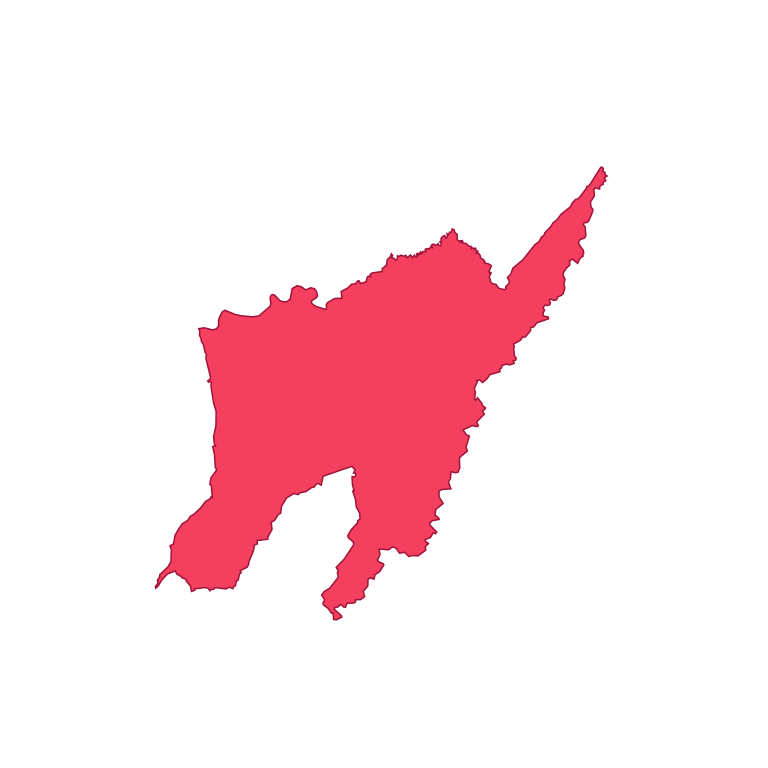 Na Yai Am, Chanthaburi, Thailand (Mercator projection), rotated 52°
{"feature_id": "78962969B31255089270993", "entity_name": "Na Yai Am", "entity_type": "district", "adm_level": 2, "iso_a3": "THA", "parent_name": "Thailand", "parent_adm1": "Chanthaburi", "projection": "mercator", "projection_center": [101.878, 12.754], "detail": "fine", "context": "isolated", "style": "filled", "palette": "rose", "viewbox_px": 768, "rotation_deg": 52, "n_neighbors": 0, "source": "geoboundaries", "source_scale": "gbopen_adm2", "svg_char_len": 6154}
<svg xmlns="http://www.w3.org/2000/svg" viewBox="0 0 768 768"><g transform="rotate(52 384 384)"><path d="M305.6,233.8L303.8,234.9L305.9,237.5L304.7,238.8L306.0,241.2L304.4,241.9L306.5,242.9L307.5,244.6L306.8,245.4L304.5,244.7L303.8,246.3L304.3,249.4L306.3,250.6L306.4,252.6L308.2,251.8L309.8,254.4L308.3,255.5L306.8,255.0L306.7,257.9L304.7,258.4L303.7,260.1L303.9,261.3L306.3,261.8L304.7,262.9L305.6,265.1L304.1,266.1L303.2,268.6L305.5,269.4L303.6,271.7L304.8,274.4L304.3,274.9L303.7,273.6L302.4,273.7L303.5,277.3L303.0,277.7L302.2,276.6L301.5,277.5L301.7,278.4L303.7,279.3L304.0,280.7L301.1,280.7L302.1,283.7L298.7,283.6L298.5,288.3L296.0,287.5L295.6,289.5L292.8,291.6L292.9,293.4L291.3,294.4L293.7,297.0L293.7,298.6L291.0,298.8L288.9,300.4L288.0,298.0L286.0,298.1L287.8,301.2L287.9,304.7L292.0,309.1L291.9,314.0L294.1,316.3L289.1,325.1L289.2,327.4L291.2,328.3L289.6,329.7L289.4,331.2L292.4,335.1L290.4,340.8L287.6,340.0L286.6,341.1L287.4,344.8L285.4,348.2L286.0,353.6L284.7,360.8L290.5,364.3L286.2,370.3L285.1,378.5L286.0,380.7L288.7,382.4L289.4,384.0L280.6,390.1L275.9,391.4L273.8,389.8L274.4,384.6L273.6,382.1L270.1,380.4L266.1,380.1L263.0,382.6L261.7,387.8L256.6,389.2L253.0,392.0L252.3,397.6L259.2,405.5L259.4,409.6L257.5,412.5L254.4,414.7L246.5,415.5L244.9,416.7L244.6,418.2L246.0,420.8L250.7,423.4L252.7,425.8L253.3,440.9L249.8,446.6L242.2,454.7L237.5,458.5L228.0,463.9L227.7,467.2L229.4,471.2L231.7,475.0L236.2,478.4L237.4,481.9L235.8,485.8L229.1,491.0L226.3,495.9L229.1,496.7L232.3,499.6L234.9,499.9L238.3,501.8L241.9,502.1L248.8,505.5L250.6,505.4L254.7,508.8L271.5,516.4L273.1,517.7L273.0,521.0L274.6,521.2L274.9,519.3L276.8,519.4L278.9,521.5L294.1,530.0L302.2,533.1L313.4,542.1L320.8,550.9L327.2,554.8L329.1,554.8L327.8,557.5L335.0,560.9L345.8,568.2L348.7,568.8L351.4,578.0L355.7,583.1L357.7,582.6L367.8,589.2L366.4,589.8L367.4,591.3L366.7,597.0L368.8,605.0L369.6,614.0L369.0,618.1L370.6,622.5L370.0,629.3L372.0,635.5L374.5,641.7L380.3,648.2L379.8,652.4L383.6,653.5L392.8,661.2L395.1,666.8L396.2,678.0L397.7,679.4L399.3,683.6L401.5,684.3L402.9,688.9L404.4,689.6L404.2,686.4L401.7,679.9L400.4,671.6L402.9,663.4L406.1,664.4L411.1,662.2L412.7,662.5L415.9,660.2L417.8,661.2L423.9,660.9L428.9,663.4L430.0,660.3L428.9,659.4L433.9,650.8L436.5,648.3L439.8,648.4L439.5,647.0L441.0,644.4L440.4,643.0L441.2,641.6L448.0,635.0L449.1,630.8L452.2,629.1L451.3,627.5L451.4,625.1L448.6,621.9L448.7,619.5L444.9,615.1L444.7,612.6L442.6,612.3L444.1,604.7L443.0,601.9L441.2,600.4L434.9,589.3L431.0,585.1L432.1,582.2L429.2,580.3L434.8,571.2L433.0,569.4L429.6,561.7L423.6,558.1L424.0,553.9L421.6,547.1L422.3,545.2L417.3,540.0L413.8,530.8L414.8,522.4L418.2,519.9L418.3,516.7L420.7,511.7L421.0,505.1L422.2,502.2L421.1,498.9L422.0,497.0L425.1,495.8L419.2,488.7L429.0,460.2L433.6,459.5L435.4,462.8L436.5,461.4L439.0,462.6L438.8,464.6L437.3,466.2L444.1,471.0L449.5,473.2L449.1,474.6L456.8,477.3L464.0,481.6L470.9,482.7L475.6,486.0L475.5,488.8L477.1,490.3L478.8,500.2L481.3,506.1L483.6,506.7L489.6,505.4L492.0,506.9L497.5,523.2L499.1,534.6L503.0,534.9L503.9,536.9L508.1,538.9L511.5,552.5L510.7,558.8L511.9,563.1L517.6,563.6L519.0,566.9L520.7,567.8L526.4,566.2L532.3,566.5L533.0,565.0L538.6,568.7L540.5,566.7L541.7,560.8L540.5,560.2L531.0,561.9L530.0,560.7L531.3,557.7L531.1,553.6L534.7,553.2L536.3,551.9L534.0,548.1L538.0,542.6L538.2,540.7L536.6,538.9L539.5,535.3L539.7,530.1L534.6,528.0L533.3,521.3L528.1,516.8L528.1,514.6L531.6,511.8L528.8,508.7L529.2,502.9L526.5,495.5L525.0,495.3L521.4,497.4L518.9,497.7L515.8,492.0L511.0,489.5L517.6,482.3L517.5,478.3L518.5,476.8L521.4,475.5L526.8,476.1L529.4,471.3L535.2,470.7L536.7,467.2L540.3,463.2L540.7,453.4L537.7,451.8L537.1,447.2L533.4,448.1L531.9,447.3L533.6,442.0L531.6,437.0L533.6,435.6L533.1,433.6L524.0,434.6L521.9,433.8L521.5,430.1L524.7,423.9L523.2,423.4L518.7,424.5L514.7,420.4L514.6,411.0L506.8,410.1L502.2,406.5L502.7,403.5L507.8,395.8L500.9,393.6L499.6,390.1L494.3,385.1L497.7,382.6L499.1,380.0L496.7,375.9L488.5,370.0L488.1,359.5L484.3,358.3L477.6,348.7L474.7,350.3L468.8,350.0L471.1,340.0L474.6,337.3L475.1,335.4L470.9,334.4L469.5,323.4L466.1,323.2L465.8,319.2L465.1,318.7L461.3,319.7L459.6,318.8L452.4,318.7L453.3,321.7L452.0,322.1L446.5,316.9L443.2,315.7L439.7,309.0L438.3,308.6L439.8,306.1L443.6,305.3L443.3,299.6L441.8,294.8L445.7,285.0L443.7,283.9L443.7,281.9L442.2,279.4L443.2,276.0L446.5,272.9L447.8,268.7L445.4,267.9L446.3,265.6L445.2,263.9L442.3,264.0L435.8,259.9L434.6,258.2L432.3,257.4L433.5,249.7L432.4,245.9L433.9,243.7L432.2,235.7L429.9,233.7L431.2,230.7L429.9,225.8L433.9,214.3L432.4,213.3L428.8,216.2L427.5,216.2L425.7,214.6L424.5,211.8L422.8,212.1L421.6,211.2L421.0,208.2L422.8,206.9L423.6,204.5L422.4,202.7L419.6,202.2L419.2,200.9L422.7,198.7L423.9,196.1L422.3,193.1L423.4,189.6L423.1,187.3L419.8,182.5L415.8,180.6L412.9,176.9L408.7,175.8L406.9,174.4L405.1,169.4L404.6,164.3L401.0,161.6L401.8,158.6L408.2,157.2L405.7,152.4L405.8,148.2L404.0,147.5L403.8,145.9L400.9,144.6L393.9,144.4L392.4,143.6L390.9,140.9L392.4,136.1L391.4,133.6L383.9,128.7L381.3,128.9L380.1,127.0L381.8,124.5L381.3,121.7L376.9,113.9L375.0,111.9L372.1,111.9L367.7,109.3L365.3,102.4L359.9,98.8L359.5,96.7L363.1,94.1L360.9,91.8L361.6,88.2L360.0,87.2L360.3,84.1L357.1,83.4L357.5,80.1L355.1,80.9L353.2,79.5L351.2,80.8L349.3,78.4L347.0,78.9L346.8,80.1L353.3,98.0L354.0,101.1L353.3,102.7L354.3,103.8L357.1,114.2L357.5,117.4L356.5,119.5L357.3,124.5L359.1,127.6L359.3,140.3L361.1,146.7L361.1,151.8L362.5,154.9L363.9,164.2L365.4,166.6L365.1,169.3L367.3,174.4L367.1,179.2L371.6,198.0L372.1,211.3L375.4,216.3L376.1,221.2L379.5,221.8L381.7,223.2L382.2,228.2L383.9,229.3L383.9,230.9L379.2,234.6L374.4,234.4L372.4,236.4L369.8,237.2L364.1,234.9L363.3,233.0L362.3,232.8L363.0,232.1L362.2,231.1L360.1,232.3L356.9,226.5L353.6,227.7L350.3,230.4L349.3,229.0L348.4,229.5L347.4,228.9L344.2,230.4L341.9,229.1L338.2,229.1L337.7,230.5L337.0,228.4L336.2,229.3L333.4,228.3L333.4,230.0L332.2,229.6L331.9,230.6L330.5,230.6L330.8,231.6L329.0,230.8L327.9,232.2L323.9,232.7L321.9,234.6L320.0,234.4L320.5,235.2L319.4,236.4L319.0,234.4L317.2,237.1L315.0,237.3L311.0,234.2L308.4,234.9L305.6,233.8Z" fill="#f43f5e" stroke="#9f1239" stroke-width="1.5"/></g></svg>